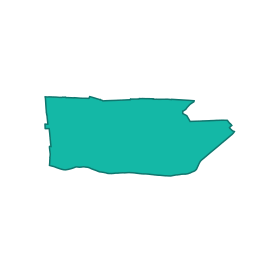 outline of Voorschoten, Zuid-Holland, Netherlands, rotated 54°
{"feature_id": "6326949B4576326162856", "entity_name": "Voorschoten", "entity_type": "district", "adm_level": 2, "iso_a3": "NLD", "parent_name": "Netherlands", "parent_adm1": "Zuid-Holland", "projection": "albers", "projection_center": [4.439, 52.126], "detail": "fine", "context": "isolated", "style": "filled", "palette": "teal", "viewbox_px": 256, "rotation_deg": 54, "n_neighbors": 0, "source": "geoboundaries", "source_scale": "gbopen_adm2", "svg_char_len": 5486}
<svg xmlns="http://www.w3.org/2000/svg" viewBox="0 0 256 256"><g transform="rotate(54 128 128)"><path d="M144.8,58.5L142.1,61.7L141.0,63.0L140.1,64.1L133.7,71.9L130.4,75.9L130.5,76.2L128.2,78.8L127.8,79.3L125.7,82.3L124.9,83.4L123.9,84.8L122.6,86.6L121.5,88.0L120.7,89.2L119.6,90.6L119.3,90.3L115.4,95.4L115.1,95.9L112.9,98.7L111.1,101.3L110.9,101.4L110.8,101.6L111.0,101.9L111.0,102.1L108.1,106.2L106.5,108.4L106.1,108.8L106.4,109.0L106.5,109.1L106.5,109.3L106.5,109.5L104.7,112.2L103.8,113.6L102.6,115.4L101.9,116.5L101.4,117.2L98.1,122.2L94.7,127.2L92.7,130.2L91.3,132.4L90.4,132.7L90.2,132.8L89.9,133.1L89.6,133.4L89.2,133.5L89.3,133.6L88.5,134.2L87.9,134.5L86.0,136.0L85.0,136.7L82.5,138.6L80.1,140.5L80.2,140.8L80.5,141.2L80.6,141.4L81.0,142.0L81.0,142.3L78.6,145.4L76.4,148.4L73.4,151.9L71.8,153.8L71.9,154.0L71.5,154.5L71.0,155.1L70.1,156.2L67.9,159.0L67.0,160.3L66.8,160.3L66.7,160.3L66.4,160.3L66.0,160.9L65.5,161.7L65.1,162.2L64.9,162.5L64.7,162.7L64.6,162.8L64.5,163.0L64.4,163.2L64.4,163.5L64.2,163.8L63.7,164.4L63.0,165.4L62.3,166.2L60.5,168.3L60.1,168.9L59.5,169.6L58.6,170.8L57.4,172.3L56.8,173.1L56.2,173.9L55.8,174.6L55.6,174.9L55.1,175.5L54.8,175.9L54.5,176.1L54.2,176.5L54.1,176.8L54.3,176.9L54.5,176.9L54.7,177.0L54.8,177.0L55.8,177.6L57.1,178.4L61.2,181.0L64.2,182.9L65.9,183.9L67.7,185.1L68.0,185.2L68.3,185.3L68.6,185.4L68.9,185.6L69.0,185.7L69.4,185.9L69.7,186.1L69.8,186.1L70.0,186.0L72.3,187.4L77.7,190.5L77.8,190.6L77.6,190.8L77.5,191.1L77.4,191.2L77.0,191.7L76.4,192.4L76.2,192.6L76.1,192.9L79.7,195.3L79.9,195.3L80.7,194.2L81.1,193.6L82.1,192.2L82.3,192.2L84.4,193.4L85.8,194.2L87.5,195.2L88.8,196.0L89.3,196.3L90.0,196.6L90.3,196.9L91.5,197.6L91.8,197.8L92.3,198.1L93.1,198.5L94.0,199.1L94.9,199.6L96.3,200.4L97.0,200.8L97.7,201.2L97.4,201.5L96.8,202.3L97.0,202.6L98.1,203.3L98.8,203.7L99.5,204.1L100.4,204.6L101.2,205.0L102.2,205.6L103.2,206.1L103.6,206.4L104.7,207.3L105.5,208.1L106.1,208.7L106.6,208.9L106.9,209.2L107.5,209.7L108.5,210.5L109.9,211.6L111.4,212.9L112.1,213.5L112.4,213.3L113.0,212.8L113.9,212.1L115.8,210.5L116.1,210.3L117.7,209.3L118.6,208.7L119.3,208.2L121.3,206.8L122.3,206.0L122.8,205.6L123.9,204.6L124.4,204.0L125.0,203.3L125.4,202.6L126.3,200.8L126.7,199.8L127.2,198.6L127.7,197.2L128.3,195.3L128.8,193.2L129.1,192.6L129.6,192.1L130.2,191.4L130.5,191.1L130.9,190.7L131.3,190.2L131.7,189.5L132.0,189.1L132.7,187.7L133.0,187.2L133.2,186.8L133.5,186.5L134.0,185.9L134.5,185.5L134.7,185.2L135.0,184.9L135.9,183.9L136.2,183.6L136.8,183.1L137.0,183.0L137.5,182.6L139.6,181.5L140.3,181.0L141.2,180.4L141.7,180.1L142.4,179.6L144.2,178.4L144.9,178.0L145.7,177.5L146.3,177.1L146.5,177.0L146.7,176.8L147.2,176.3L147.7,175.7L148.4,175.0L149.7,173.7L150.4,173.1L151.3,172.2L151.9,171.8L152.3,171.5L152.7,171.2L153.0,170.9L153.2,170.6L153.6,170.2L153.9,169.8L154.2,169.4L154.6,168.8L154.9,168.4L155.1,168.2L155.4,167.8L155.5,167.5L155.8,167.1L156.4,166.1L157.2,164.6L158.0,163.5L158.7,162.5L158.7,162.4L158.9,162.0L159.1,161.8L159.4,161.3L159.6,160.9L159.9,160.5L160.0,160.3L160.6,159.4L161.0,158.8L161.0,158.7L161.3,158.4L161.7,157.8L161.9,157.6L162.5,156.8L162.9,156.1L163.7,154.9L163.8,154.6L164.1,154.2L164.4,153.8L164.7,153.3L164.8,153.1L165.4,152.5L165.7,152.1L165.8,151.9L166.1,151.6L166.3,151.3L167.4,150.0L167.6,149.8L167.6,149.7L168.0,149.3L168.6,148.7L168.9,148.3L169.1,148.2L169.3,148.0L169.4,147.9L169.5,147.8L169.6,147.6L169.8,147.3L170.0,147.2L170.5,146.7L171.2,145.9L171.9,145.2L172.8,144.1L173.3,143.7L173.5,143.4L174.5,142.1L175.1,141.3L175.3,141.0L175.7,140.5L176.9,139.1L177.1,138.8L177.2,138.7L177.3,138.6L177.7,138.2L178.9,136.9L179.0,136.8L180.1,135.6L180.3,135.3L181.8,133.8L182.1,133.4L182.8,132.6L183.0,132.4L184.2,131.0L185.2,129.7L186.2,128.6L187.7,126.9L188.5,126.0L189.2,125.0L189.9,124.2L190.7,123.2L191.3,122.4L191.6,122.1L191.9,121.6L192.2,121.0L192.4,120.7L192.7,119.9L193.2,118.9L193.8,117.6L194.2,116.7L194.6,116.1L195.0,115.6L195.3,114.9L195.9,113.9L196.3,113.1L196.9,111.8L197.6,110.7L198.1,110.0L198.7,109.1L199.1,108.6L199.6,107.6L199.9,107.0L200.1,106.6L200.2,106.3L200.4,105.8L200.5,105.2L200.9,104.2L201.0,103.2L201.1,102.9L201.2,102.6L201.3,101.7L201.4,101.4L201.6,100.8L201.8,100.1L201.8,99.7L201.9,99.2L201.9,98.8L201.9,98.6L201.9,98.4L201.8,98.0L201.8,97.8L201.7,97.1L201.6,96.8L201.5,96.7L201.4,96.5L201.4,96.4L201.1,95.9L200.4,94.7L199.6,93.2L198.7,91.7L198.3,90.9L198.0,90.2L197.8,89.9L197.7,89.6L197.6,89.3L197.5,89.1L197.4,88.9L197.4,88.6L197.3,88.4L197.3,88.2L197.2,87.7L197.1,86.8L197.1,86.6L197.1,86.3L197.0,85.3L197.0,84.7L196.9,83.4L196.8,82.7L196.8,81.9L196.6,79.8L196.2,74.2L195.7,66.4L195.2,60.1L195.2,59.1L195.1,58.6L195.0,56.3L194.8,53.9L194.6,51.2L194.4,48.8L194.4,48.4L194.4,48.0L194.3,47.5L194.3,47.3L194.3,47.2L194.2,47.0L194.2,46.8L194.2,46.7L194.1,46.3L194.1,46.1L194.0,45.8L193.9,45.5L193.9,45.3L193.8,45.1L193.7,44.8L193.6,44.4L193.4,44.0L192.9,44.3L192.6,44.6L191.8,45.0L191.7,45.1L191.2,45.2L190.0,45.4L188.2,45.8L188.1,45.6L187.4,45.7L187.3,45.2L187.1,44.6L187.0,44.2L187.0,42.8L186.8,42.9L186.6,42.6L186.3,42.5L185.9,42.5L185.4,42.6L185.0,42.7L184.4,42.7L184.2,42.9L184.1,43.0L181.5,43.1L180.2,43.1L179.4,44.1L176.8,47.6L174.9,50.4L174.6,50.9L174.1,51.5L172.4,54.2L170.5,57.0L169.9,58.0L167.2,62.0L165.9,63.9L165.5,64.6L164.7,65.8L162.5,69.0L160.4,72.1L160.2,72.4L160.0,72.7L159.2,73.9L152.6,73.2L148.5,75.2L147.2,74.3L146.6,73.8L146.7,73.7L146.9,70.4L146.1,68.0L145.6,65.5L145.3,63.8L145.5,59.2L144.8,58.5Z" fill="#14b8a6" stroke="#0f766e" stroke-width="1.5"/></g></svg>